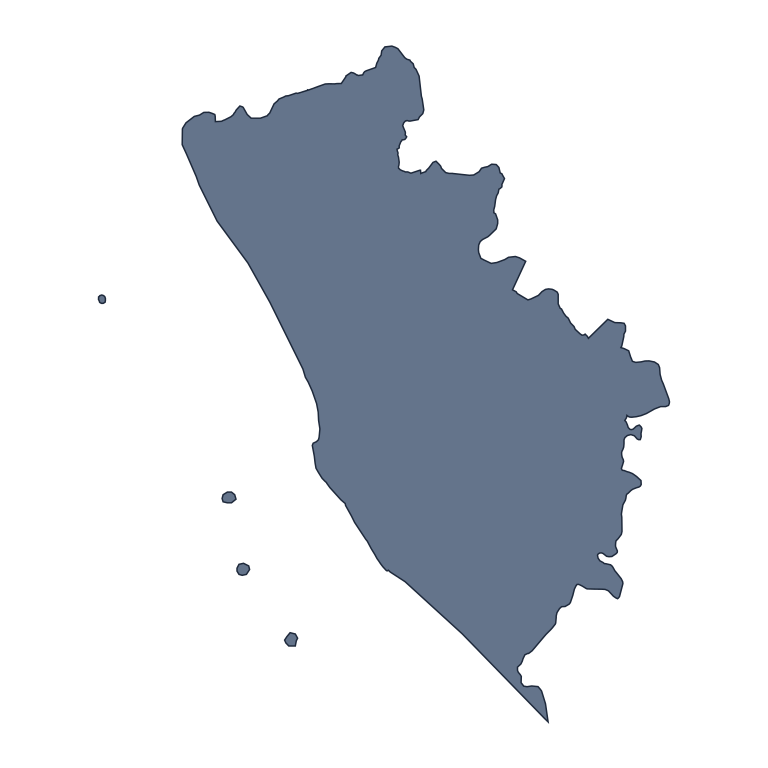 the district of Kota Pariaman, Sumatera Barat, Indonesia
{"feature_id": "22746128B94413576870843", "entity_name": "Kota Pariaman", "entity_type": "district", "adm_level": 2, "iso_a3": "IDN", "parent_name": "Indonesia", "parent_adm1": "Sumatera Barat", "projection": "mercator", "projection_center": [100.144, -0.612], "detail": "fine", "context": "isolated", "style": "filled", "palette": "slate", "viewbox_px": 768, "rotation_deg": 0, "n_neighbors": 0, "source": "geoboundaries", "source_scale": "gbopen_adm2", "svg_char_len": 6070}
<svg xmlns="http://www.w3.org/2000/svg" viewBox="0 0 768 768"><path d="M548.1,721.9L545.5,703.8L541.6,691.1L540.4,689.4L538.0,686.6L531.7,686.0L527.0,686.7L523.6,686.1L523.0,685.1L522.8,684.9L521.1,682.7L521.3,676.4L520.3,674.7L518.3,672.3L517.5,670.4L517.5,667.1L520.9,664.0L522.3,661.1L523.0,658.8L524.9,654.8L527.6,653.5L528.3,653.5L528.8,653.3L532.1,650.8L545.9,634.5L550.6,629.8L552.5,627.7L555.3,624.1L555.7,623.0L556.2,617.5L556.2,616.0L557.0,612.6L559.5,608.6L561.6,606.7L565.1,606.5L569.2,604.1L569.7,603.5L570.4,602.5L572.8,595.4L574.4,589.1L576.2,585.4L576.4,585.4L576.9,584.5L578.3,584.3L579.9,584.9L582.3,586.1L586.5,588.7L587.4,588.9L594.2,589.1L601.5,589.2L605.1,589.4L608.4,590.8L613.4,596.2L616.0,598.0L617.6,598.7L618.5,597.9L619.5,596.6L622.9,583.6L622.7,581.8L621.2,578.7L616.4,572.6L614.8,570.7L613.4,568.1L612.3,566.3L610.6,564.8L605.7,563.7L604.3,563.6L603.2,562.6L599.9,560.8L598.1,558.2L597.5,555.4L597.7,554.5L598.7,553.6L599.8,553.0L601.5,552.9L603.1,553.5L606.6,556.3L609.0,556.7L611.9,556.5L616.1,553.7L617.2,552.5L617.4,551.0L615.6,546.7L615.5,545.2L615.7,542.4L616.0,540.9L618.1,538.7L621.2,534.6L621.4,534.1L622.0,531.4L621.8,517.2L621.4,514.2L621.7,512.0L622.9,504.8L625.4,500.2L625.9,498.1L626.3,495.2L627.1,493.9L628.2,493.2L630.8,490.6L632.6,489.3L636.3,487.8L639.0,487.0L640.4,486.0L641.2,484.5L641.0,480.6L636.6,476.5L632.5,473.6L629.1,472.2L627.1,471.7L624.1,470.5L622.7,470.4L621.9,469.8L621.4,468.3L621.8,467.4L621.9,466.7L622.3,465.8L623.6,461.4L623.3,459.7L622.2,457.4L621.7,455.0L621.6,452.5L622.1,450.9L622.8,449.6L623.7,447.1L624.0,443.7L624.0,439.8L624.9,437.6L627.4,435.5L630.9,434.6L634.4,435.8L637.2,439.0L638.8,439.7L640.3,439.6L641.2,436.7L641.0,433.6L641.5,431.0L641.9,428.5L641.2,427.0L639.4,425.1L638.5,425.3L636.3,426.2L633.2,429.1L631.6,429.6L630.0,429.4L628.2,427.5L627.4,424.9L626.1,421.9L624.8,420.5L626.5,417.7L626.9,415.4L628.3,416.5L629.9,417.1L631.8,417.2L636.4,416.7L641.1,415.6L646.5,413.5L654.4,409.0L660.6,406.6L665.6,406.6L668.5,405.4L669.2,403.7L669.5,401.9L668.8,398.8L663.3,383.9L661.6,380.1L660.1,374.4L659.6,367.7L658.3,364.5L654.5,362.0L649.1,360.9L645.0,361.0L641.0,361.9L635.7,362.4L632.4,361.3L631.3,358.5L631.3,358.3L630.8,357.5L628.7,350.8L623.9,348.5L620.9,347.6L621.8,345.9L623.8,336.6L623.9,334.2L625.5,331.1L625.5,325.9L624.1,323.3L620.8,322.8L614.8,322.6L607.8,319.3L588.4,338.3L587.4,336.4L585.1,334.1L584.1,334.9L582.0,335.2L579.9,333.7L575.2,329.3L574.0,326.5L570.6,323.0L568.9,319.5L568.1,318.0L566.0,316.3L563.7,313.2L561.5,309.0L560.2,308.3L558.2,303.9L558.2,294.3L557.2,292.1L553.8,290.0L552.1,289.3L548.5,288.9L545.5,289.4L542.0,291.6L538.4,295.4L530.8,299.0L527.9,299.9L517.2,293.5L516.2,291.8L512.5,289.8L525.7,261.3L519.6,257.9L515.4,256.5L508.5,257.3L504.7,259.6L496.9,262.5L491.2,263.4L483.4,259.7L482.8,259.3L480.9,258.4L478.7,252.6L478.4,249.7L478.7,245.0L480.2,241.6L482.6,239.5L487.8,236.8L489.6,235.3L496.2,228.9L497.7,223.5L497.7,219.9L495.6,213.9L493.8,212.7L493.9,211.6L493.7,210.1L494.7,206.4L495.6,199.6L496.6,195.8L498.2,192.9L498.9,189.2L500.1,188.5L501.8,187.0L502.0,185.8L501.8,184.7L504.5,178.6L502.3,174.7L502.0,173.9L500.2,172.9L498.9,167.5L496.3,164.6L495.8,164.5L491.7,164.2L487.8,166.6L484.5,167.3L481.5,168.2L479.1,171.7L473.7,175.0L469.4,175.3L452.8,173.5L452.6,173.4L449.0,173.4L445.7,172.6L441.5,168.4L440.7,166.2L439.2,164.4L436.0,161.2L433.0,162.4L428.8,168.0L426.3,170.5L425.8,171.6L422.4,172.8L420.8,173.5L420.5,170.2L419.9,170.2L410.9,173.2L408.0,172.0L407.1,171.9L405.5,172.0L404.0,171.3L402.6,170.9L400.1,169.7L399.3,168.8L398.6,168.4L398.5,166.3L398.9,165.2L399.2,162.2L398.5,157.1L397.7,154.7L398.0,153.6L397.9,152.3L397.4,151.3L397.0,149.2L398.6,148.4L399.2,147.9L399.2,145.8L400.8,141.8L401.7,140.8L402.2,139.8L403.5,139.8L404.9,139.4L406.1,137.9L406.7,136.8L405.2,135.0L405.4,133.0L405.3,132.0L402.7,125.7L403.7,122.9L405.0,121.4L405.8,120.8L406.3,120.9L407.0,120.5L408.5,121.0L410.0,121.1L418.1,119.6L419.5,116.9L422.8,113.6L423.8,109.9L422.2,99.0L421.4,96.3L419.1,76.1L416.0,69.3L414.2,67.5L413.2,63.8L410.5,61.3L409.9,60.1L406.8,59.2L404.7,57.6L397.9,48.7L395.2,47.3L391.9,46.1L384.9,46.9L381.7,50.9L381.1,55.2L378.8,58.3L378.4,60.1L376.8,63.2L375.6,67.5L366.2,70.8L364.7,71.6L363.7,72.8L362.7,74.9L358.2,75.5L357.1,74.9L356.7,75.0L355.7,74.2L353.6,73.0L351.1,72.4L345.9,76.0L345.9,76.7L341.3,83.5L336.5,83.6L334.8,83.9L329.1,83.8L325.2,84.0L318.7,86.3L311.4,89.0L308.6,90.0L308.1,89.9L308.2,90.1L297.6,93.4L296.1,93.1L288.5,95.7L285.7,96.0L283.4,97.2L279.0,99.0L277.4,101.0L274.1,103.8L269.7,113.1L268.0,114.7L267.4,115.7L260.4,118.2L251.2,118.2L247.2,114.5L243.2,107.4L242.5,106.9L239.9,106.0L236.3,109.9L234.9,112.4L234.0,113.3L233.5,114.5L231.0,116.7L224.5,120.0L223.5,120.3L221.5,121.3L215.4,121.6L215.2,116.2L214.8,114.5L212.2,113.4L209.0,112.3L203.8,112.4L199.5,115.1L194.3,116.4L186.0,122.8L182.7,128.1L182.4,129.0L182.2,144.7L186.3,153.6L196.2,176.4L199.2,185.0L217.1,221.1L247.9,263.0L269.9,302.3L302.9,369.0L305.4,377.3L308.2,382.1L312.2,391.0L316.6,403.6L318.2,412.1L318.6,420.4L319.9,428.9L319.1,437.3L318.4,439.8L316.4,441.7L313.2,443.2L312.3,445.4L314.3,456.1L315.1,463.0L316.0,468.2L318.4,472.4L322.1,478.3L324.7,481.0L326.5,482.6L326.8,483.3L329.9,487.6L341.0,499.9L345.2,503.5L345.6,505.5L351.5,516.1L354.6,522.4L365.7,539.2L367.3,541.2L371.2,548.6L374.7,554.3L377.1,558.7L379.1,561.5L380.4,563.5L382.9,566.8L386.2,570.4L387.1,570.9L388.3,570.2L390.2,572.0L405.1,581.7L462.2,633.8L544.6,718.5L548.1,721.9ZM295.3,646.0L296.3,640.8L297.6,638.2L295.3,634.0L290.1,632.7L286.9,636.6L284.6,640.1L285.9,643.0L288.8,646.0L295.3,646.0ZM231.5,502.8L236.0,499.2L234.7,494.7L231.5,492.1L227.3,492.1L223.1,494.7L222.1,498.5L223.1,501.8L227.3,502.8L231.5,502.8ZM246.4,574.4L249.6,569.5L248.7,565.9L243.5,563.3L239.0,564.3L237.0,568.2L237.0,571.1L239.0,574.4L242.2,575.3L246.4,574.4ZM103.3,303.3L105.1,302.2L105.4,300.6L105.4,298.4L104.8,296.7L103.6,295.6L101.8,295.0L99.9,295.6L99.1,296.6L98.6,296.9L98.5,299.5L99.2,300.8L99.6,302.2L100.3,302.8L101.7,303.4L103.3,303.3Z" fill="#64748b" stroke="#1e293b" stroke-width="1.5"/></svg>